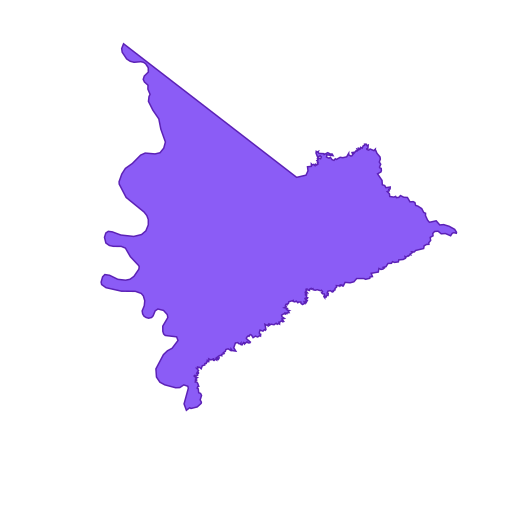 the district of Puerto Concordia, Meta, Colombia, rotated 106°
{"feature_id": "7082276B49783171180305", "entity_name": "Puerto Concordia", "entity_type": "district", "adm_level": 2, "iso_a3": "COL", "parent_name": "Colombia", "parent_adm1": "Meta", "projection": "robinson", "projection_center": [-72.676, 2.773], "detail": "fine", "context": "isolated", "style": "filled", "palette": "violet", "viewbox_px": 512, "rotation_deg": 106, "n_neighbors": 0, "source": "geoboundaries", "source_scale": "gbopen_adm2", "svg_char_len": 6144}
<svg xmlns="http://www.w3.org/2000/svg" viewBox="0 0 512 512"><g transform="rotate(106 256 256)"><path d="M423.5,280.4L420.1,277.9L420.5,276.5L417.3,270.9L412.8,268.1L411.6,268.2L409.7,270.0L405.1,269.9L403.4,271.4L403.2,273.4L399.6,274.9L399.3,276.1L397.6,276.0L397.1,275.1L394.5,276.9L393.5,278.2L393.9,279.6L391.7,280.0L391.9,278.2L390.9,280.1L389.2,279.0L389.5,280.3L388.4,282.4L387.5,281.8L388.0,280.4L386.5,279.2L385.4,280.4L384.7,279.0L383.9,279.2L384.0,280.4L381.9,279.7L380.3,282.2L379.9,281.0L378.8,281.5L378.6,279.5L379.5,277.6L376.3,277.4L374.9,275.2L373.5,275.5L373.0,274.2L371.5,274.3L370.6,272.5L369.7,274.0L368.9,272.3L367.9,272.9L368.3,270.7L366.6,268.5L368.0,268.2L368.0,267.5L366.3,266.4L366.7,265.4L364.9,266.2L364.0,265.4L366.2,264.5L366.0,263.8L364.1,263.3L362.6,264.4L361.4,263.1L361.3,261.4L360.1,261.9L358.6,259.8L357.9,260.7L356.1,259.2L354.2,259.2L352.9,257.2L353.8,254.2L352.3,254.4L353.5,253.0L353.0,249.2L350.3,252.1L345.3,251.8L344.2,249.6L345.0,248.6L344.9,246.8L344.0,246.5L345.3,246.1L345.3,244.9L341.9,243.9L343.3,243.9L342.8,243.0L343.6,242.7L341.0,241.0L341.7,239.6L341.2,238.0L340.3,237.7L338.1,242.5L336.9,242.6L334.9,241.5L335.1,240.6L333.1,239.9L333.3,238.5L335.3,236.3L333.2,234.5L333.4,232.1L331.5,230.4L331.7,229.6L329.9,229.9L329.8,231.2L328.5,231.7L326.1,231.7L326.3,228.6L324.4,227.6L324.8,226.5L323.9,226.2L319.2,228.6L319.7,225.9L317.6,224.9L318.0,223.9L319.0,224.1L317.4,222.7L317.1,219.7L315.1,218.1L315.8,216.8L314.8,216.0L314.9,215.2L313.9,215.4L314.4,214.7L313.0,215.0L311.4,213.6L311.9,212.2L311.3,211.3L309.4,213.7L308.2,211.5L307.2,214.4L305.8,215.1L303.8,213.3L303.7,211.8L302.7,212.3L302.8,210.4L302.1,210.5L301.3,208.6L299.9,210.0L299.3,209.1L299.1,211.9L297.8,211.4L297.9,214.6L296.4,213.0L295.7,214.0L294.3,213.9L294.2,212.7L293.6,213.0L292.8,211.7L291.0,211.9L288.5,208.0L289.4,207.8L289.4,206.0L288.3,204.9L289.4,202.9L288.6,202.5L287.9,200.2L289.2,199.6L289.8,197.9L288.2,196.2L287.4,196.7L287.8,195.8L286.7,196.1L287.1,195.0L284.9,194.5L285.3,195.5L283.7,195.5L284.2,196.4L283.3,197.2L282.5,195.8L282.8,195.1L281.9,194.8L281.8,196.3L280.0,196.5L279.9,197.7L278.4,198.1L278.6,196.9L277.4,197.5L277.2,196.5L276.6,197.4L276.9,198.6L274.8,198.1L274.2,198.7L273.7,198.0L274.4,197.8L274.4,195.2L273.4,195.6L272.0,194.2L272.7,193.8L271.7,192.3L272.7,191.8L272.6,189.7L271.5,187.8L271.6,184.4L270.9,183.6L271.9,182.2L273.2,182.9L274.0,181.5L273.7,179.8L275.7,178.6L275.7,179.6L276.3,179.6L277.2,178.4L276.4,178.6L276.2,177.3L274.0,176.9L274.0,175.9L272.0,176.2L272.0,177.4L270.0,177.2L268.8,175.0L269.6,172.8L268.8,171.8L268.1,172.3L266.8,170.7L265.4,171.1L263.7,170.0L262.3,170.6L261.8,167.8L261.0,167.3L261.7,166.9L260.3,166.2L261.0,164.8L260.1,164.4L260.5,163.8L256.8,163.1L255.8,158.1L253.8,154.8L249.9,153.0L247.9,146.0L248.2,144.3L246.1,140.5L244.7,140.6L243.7,138.4L240.9,140.5L237.7,134.0L234.1,134.4L234.5,132.2L233.6,130.4L232.2,129.4L231.8,130.5L230.4,128.1L226.8,127.1L225.7,123.8L223.8,123.2L224.0,121.1L222.4,117.5L220.4,117.7L218.8,113.6L217.0,111.7L215.4,112.6L215.5,111.2L213.8,109.9L214.0,109.3L212.3,108.5L212.2,107.6L211.5,108.3L209.5,106.5L209.0,107.3L208.4,104.9L206.7,104.1L202.6,96.9L199.9,97.2L197.9,95.3L197.1,93.0L195.6,93.6L192.9,92.4L190.1,93.7L187.8,91.4L185.6,92.3L183.2,91.1L182.0,87.8L183.6,84.1L182.2,80.1L182.9,74.5L180.2,73.7L179.1,72.4L178.9,69.7L177.9,69.8L175.6,72.4L174.2,78.5L174.1,84.3L175.5,87.9L172.5,92.5L175.8,98.6L174.2,101.0L170.5,104.2L168.2,104.8L167.9,106.8L164.8,109.7L163.4,114.2L163.4,116.5L160.8,118.0L160.4,119.9L161.5,122.9L158.0,126.6L158.8,130.1L158.1,133.8L160.3,134.9L161.2,137.1L160.2,138.2L161.4,139.7L161.9,143.8L159.3,145.0L157.9,147.6L156.6,145.9L155.3,146.8L154.6,145.6L152.7,146.0L154.5,150.0L152.8,151.7L152.7,154.2L148.6,155.7L143.5,161.8L140.8,159.1L139.4,159.0L137.3,159.8L137.2,161.2L136.5,161.8L133.4,161.4L131.7,163.4L128.6,163.2L126.6,164.1L123.9,168.1L121.5,170.0L121.7,170.6L120.5,170.8L122.2,171.8L121.7,175.8L123.2,176.9L123.0,178.8L122.4,179.1L121.7,178.1L118.5,178.7L119.3,179.6L118.1,180.9L118.6,182.5L119.7,182.1L120.5,183.3L123.1,183.7L122.7,185.3L124.3,185.2L125.2,186.2L124.1,186.3L124.1,187.3L125.5,186.9L125.4,188.3L126.4,187.5L127.4,187.9L127.2,188.8L130.6,190.3L130.3,191.5L129.7,191.3L130.1,192.2L131.8,190.9L133.2,191.4L133.8,192.3L133.2,194.8L131.8,195.2L135.7,196.2L137.6,199.7L137.9,202.3L141.0,205.3L140.7,206.6L142.6,207.4L142.4,209.5L140.6,211.8L141.9,212.7L141.5,215.5L139.2,215.8L138.3,209.6L137.0,210.9L137.5,212.7L136.9,215.5L139.7,218.5L138.9,219.0L140.0,223.7L139.2,225.0L138.3,224.9L139.3,226.0L138.9,226.9L140.5,226.7L144.0,224.0L142.0,222.0L142.7,220.5L144.7,220.7L144.6,222.4L145.6,223.7L146.4,222.7L147.5,223.8L148.7,222.1L149.7,222.7L150.4,221.7L151.9,222.8L151.4,224.2L152.9,224.2L152.1,225.9L152.9,226.9L152.2,228.2L154.6,227.5L156.0,231.1L159.8,229.5L164.5,230.2L169.2,238.6L88.5,441.8L93.6,442.3L97.0,440.8L102.2,434.7L103.5,430.6L103.4,426.6L101.0,420.4L100.8,417.6L101.6,415.1L104.7,411.5L108.9,410.2L113.8,413.0L117.3,413.1L119.5,411.2L121.6,406.9L125.4,405.9L129.8,402.4L132.2,402.8L137.0,402.0L144.3,395.3L151.0,387.2L160.2,382.5L171.4,374.5L177.7,374.4L183.2,376.7L185.7,381.2L187.6,390.9L190.8,394.7L201.2,400.4L207.8,405.7L214.2,407.6L222.3,408.1L224.6,407.3L235.5,397.0L244.6,375.7L247.2,372.1L250.6,369.6L255.8,368.1L262.2,368.8L266.9,371.9L270.9,378.9L273.1,391.7L272.4,400.8L273.0,404.8L275.3,406.7L279.8,406.8L284.9,403.9L286.3,399.9L286.0,395.7L283.9,388.2L284.4,383.7L291.3,376.6L297.5,366.2L298.5,365.3L301.0,365.0L309.2,367.7L313.1,370.7L315.2,374.7L316.5,382.4L314.9,391.4L315.5,396.2L318.3,397.7L323.8,397.7L326.0,396.5L327.8,391.5L326.9,375.7L323.2,362.2L323.6,356.0L325.4,353.3L329.7,350.6L334.6,349.7L340.2,350.3L342.9,349.0L344.7,347.1L345.4,344.8L345.4,342.1L343.9,339.4L341.9,338.4L336.5,337.8L334.0,335.7L333.8,329.9L336.8,325.1L339.5,323.8L349.1,326.3L354.1,324.8L356.4,323.3L357.4,321.4L355.6,310.0L358.7,307.7L367.8,311.2L371.5,315.0L376.3,317.8L392.1,321.1L399.8,318.3L403.8,313.6L405.0,308.2L404.8,296.9L403.5,293.0L399.8,289.9L400.0,285.6L401.9,284.6L418.0,284.4L423.5,280.4Z" fill="#8b5cf6" stroke="#5b21b6" stroke-width="1.5"/></g></svg>